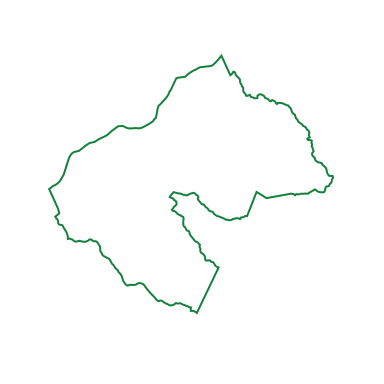 outline of Parambu, Ceará, Brazil, rotated 66°
{"feature_id": "56859067B29011141793469", "entity_name": "Parambu", "entity_type": "district", "adm_level": 2, "iso_a3": "BRA", "parent_name": "Brazil", "parent_adm1": "Ceará", "projection": "orthographic", "projection_center": [-40.595, -6.298], "detail": "fine", "context": "isolated", "style": "outline", "palette": "green", "viewbox_px": 384, "rotation_deg": 66, "n_neighbors": 0, "source": "geoboundaries", "source_scale": "gbopen_adm2", "svg_char_len": 5359}
<svg xmlns="http://www.w3.org/2000/svg" viewBox="0 0 384 384"><g transform="rotate(66 192 192)"><path d="M108.4,278.2L108.1,280.7L107.6,282.7L107.5,284.0L108.1,286.4L108.8,287.7L109.7,289.0L111.0,290.6L113.6,293.0L123.6,301.8L127.1,306.4L128.7,309.1L129.6,311.7L130.0,314.5L130.1,316.8L131.2,321.3L139.4,321.2L152.6,321.2L157.2,321.8L157.9,323.3L158.9,326.9L160.7,326.7L162.1,326.2L163.7,326.0L164.9,326.5L166.1,326.9L167.5,326.7L168.3,325.9L169.0,324.5L170.1,323.8L172.0,323.8L174.3,323.5L177.9,323.0L179.8,323.2L182.1,323.5L184.4,324.5L184.7,322.8L185.8,321.8L186.7,320.7L188.8,319.7L190.0,318.6L190.4,317.1L190.6,315.0L191.8,313.5L193.0,311.8L194.1,309.8L194.2,308.0L194.2,306.5L193.6,305.0L194.6,303.2L196.0,302.7L197.2,301.7L197.7,300.1L198.8,299.1L200.2,298.8L202.2,298.5L204.2,298.3L205.4,298.5L206.6,299.1L207.8,299.5L209.3,299.8L211.2,299.3L213.1,299.4L214.7,298.6L217.5,296.5L219.2,295.0L220.9,294.5L223.2,294.4L224.8,294.3L226.8,293.5L228.3,293.3L230.2,292.9L231.8,292.5L232.9,291.7L235.1,291.7L237.6,290.8L238.9,290.5L240.7,290.4L242.9,290.7L245.2,291.0L246.6,290.8L247.9,290.6L249.6,290.2L251.4,288.8L251.5,286.4L252.4,284.9L253.0,283.5L253.5,282.3L253.8,280.7L253.5,279.0L253.7,277.3L254.7,275.7L255.7,274.5L257.5,273.6L259.2,273.3L260.9,272.9L263.1,272.4L264.3,272.0L265.7,271.6L267.2,271.1L269.1,270.5L270.4,270.0L272.8,269.1L274.6,268.7L276.5,268.1L278.0,267.1L278.2,265.2L279.2,263.7L281.2,262.6L283.2,261.3L284.0,260.2L285.6,259.2L286.9,257.9L287.4,256.1L287.5,254.1L286.9,252.0L288.2,250.2L288.7,248.2L289.8,247.1L291.2,246.2L292.0,244.9L293.5,243.9L294.5,242.5L296.2,241.3L297.1,239.9L298.7,240.9L300.1,241.5L301.1,239.3L302.4,237.9L304.5,236.8L271.8,198.4L270.6,199.5L268.8,200.7L267.5,200.8L266.2,200.9L264.5,201.5L263.5,202.9L261.8,203.4L260.9,205.4L260.4,207.1L258.7,207.4L257.4,206.7L255.7,206.5L254.2,206.7L252.8,207.3L251.1,208.4L249.3,208.5L248.2,207.8L247.0,207.4L245.4,207.5L244.3,207.1L243.5,206.2L242.1,206.7L240.1,207.4L238.4,209.1L236.4,209.6L234.2,210.2L232.3,210.7L230.0,211.3L227.6,210.7L226.1,211.0L224.9,212.5L222.7,212.5L221.2,212.7L219.8,213.5L218.3,213.2L216.9,212.7L215.3,211.9L213.7,211.0L212.6,210.3L211.0,210.3L209.9,211.2L208.3,212.3L206.9,213.6L205.4,214.4L204.0,214.8L202.6,215.6L201.4,217.1L200.1,217.6L199.1,215.7L198.2,214.5L197.9,213.1L197.4,211.8L196.6,210.9L195.2,210.4L193.4,210.6L191.9,211.7L190.3,211.9L189.0,213.1L187.6,214.4L186.7,213.3L185.8,211.6L185.2,209.9L184.7,208.7L185.5,207.8L186.5,206.5L187.8,205.1L188.4,203.7L189.3,202.5L190.7,201.5L191.3,200.4L192.6,198.8L193.1,197.4L192.8,195.2L193.0,193.1L193.5,190.6L195.1,189.6L196.4,189.3L197.5,188.3L199.3,188.2L199.9,189.2L201.3,189.5L203.5,189.1L204.8,188.6L206.4,188.2L207.7,187.5L208.1,186.3L209.3,186.1L211.1,185.7L213.3,184.4L215.7,184.1L216.9,183.2L218.1,181.6L219.3,180.8L220.5,181.0L221.6,180.4L222.7,179.8L224.1,178.9L225.3,177.4L226.4,176.3L227.9,174.9L229.4,173.4L231.2,172.2L231.9,170.5L233.2,169.1L233.6,167.2L233.3,165.6L233.7,163.9L234.0,161.9L234.9,160.5L236.2,159.1L235.2,157.7L235.7,156.1L235.9,154.6L235.5,153.2L236.4,151.5L229.9,144.8L218.2,133.0L227.9,126.4L232.0,109.6L233.7,102.5L235.2,100.0L236.9,99.2L236.3,97.4L237.3,96.2L237.7,94.8L237.9,93.0L238.8,91.3L239.4,89.4L240.1,88.0L240.7,86.7L240.4,85.5L240.1,83.8L240.1,82.3L239.8,80.8L239.6,78.8L240.9,77.8L242.3,77.1L243.5,76.2L244.2,74.9L245.2,73.5L245.8,71.3L244.7,69.9L243.6,69.1L242.5,68.4L241.7,67.2L242.2,64.5L240.7,62.8L239.9,60.7L238.4,59.7L237.4,58.8L236.2,57.2L234.5,57.1L233.7,58.6L233.3,59.9L231.7,60.5L230.4,60.7L229.1,60.7L227.2,60.3L225.7,59.9L223.9,60.0L222.2,60.8L220.5,61.7L218.5,61.7L217.2,63.0L216.2,64.7L214.8,65.7L213.5,66.3L212.0,66.4L210.8,65.9L209.3,66.7L207.3,67.2L205.6,66.6L204.8,65.3L204.0,64.2L202.0,64.2L200.7,63.9L199.1,64.1L197.3,62.9L195.8,62.9L193.8,61.7L192.8,62.7L191.6,64.8L190.3,65.0L190.0,63.5L189.8,62.1L188.0,62.2L185.9,61.0L184.4,60.4L182.8,60.9L181.3,61.7L179.6,61.7L178.4,62.2L177.0,63.5L175.1,63.9L173.2,65.0L171.8,65.9L170.2,66.4L169.0,66.2L167.0,67.0L165.1,66.8L163.2,66.6L161.3,67.9L159.4,68.1L157.6,67.9L155.7,67.8L153.8,68.6L152.1,69.0L151.0,70.4L149.7,71.5L147.8,73.2L146.5,75.2L145.5,77.1L146.2,78.6L144.9,79.2L143.4,79.2L141.6,80.4L140.6,81.5L141.2,82.7L140.6,83.9L139.2,84.4L137.7,84.9L136.6,86.2L135.5,87.1L134.2,86.9L133.0,87.5L131.8,88.5L130.5,89.7L130.2,91.3L130.7,93.0L132.7,94.0L132.4,95.6L131.5,97.0L130.2,98.1L129.2,99.5L126.8,99.6L126.7,102.2L126.1,103.4L124.1,103.3L121.7,104.2L119.8,103.8L117.6,102.8L115.9,103.4L114.1,103.1L112.4,103.5L110.3,103.1L108.9,102.5L107.2,102.8L105.9,103.3L104.8,103.8L102.9,104.5L101.2,104.1L99.8,104.3L98.9,105.3L99.9,106.5L100.5,108.0L100.9,109.5L98.7,109.5L90.1,109.6L87.6,109.6L79.5,109.7L83.2,117.4L84.2,120.4L84.6,122.4L84.5,123.8L83.1,128.1L82.6,129.9L81.3,133.8L81.3,136.0L81.7,137.7L81.6,139.5L81.7,141.1L82.0,144.1L82.6,147.4L84.0,151.4L81.9,158.3L81.8,160.2L89.3,168.9L90.7,170.6L91.1,171.7L92.5,173.0L94.1,175.0L95.5,177.4L96.8,180.2L99.0,185.3L99.6,187.4L102.5,190.0L106.6,192.6L108.5,194.2L109.6,194.9L110.2,197.1L111.4,198.6L111.7,200.0L112.5,204.8L112.9,211.0L112.7,212.9L112.1,215.0L110.7,217.4L109.0,222.2L108.2,223.7L107.4,224.9L106.0,226.4L104.3,227.5L103.0,229.7L101.9,232.7L103.4,239.8L105.0,244.9L105.6,246.8L105.8,254.9L106.4,259.0L106.7,260.8L106.0,263.4L105.6,265.9L106.4,270.3L108.4,278.2Z" fill="none" stroke="#15803d" stroke-width="2"/></g></svg>